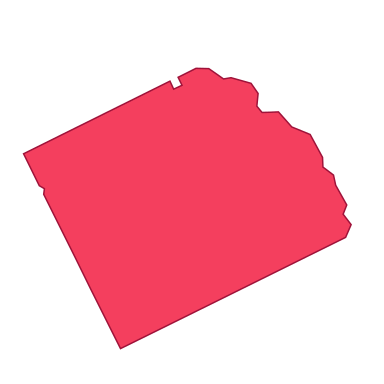 Coosa, Alabama, United States of America (orthographic projection), rotated 154°
{"feature_id": "52423323B80267107041052", "entity_name": "Coosa", "entity_type": "district", "adm_level": 2, "iso_a3": "USA", "parent_name": "United States of America", "parent_adm1": "Alabama", "projection": "orthographic", "projection_center": [-86.325, 32.929], "detail": "fine", "context": "isolated", "style": "filled", "palette": "rose", "viewbox_px": 384, "rotation_deg": 154, "n_neighbors": 0, "source": "geoboundaries", "source_scale": "gbopen_adm2", "svg_char_len": 557}
<svg xmlns="http://www.w3.org/2000/svg" viewBox="0 0 384 384"><g transform="rotate(154 192 192)"><path d="M325.0,91.6L324.9,82.6L238.8,83.0L73.8,83.9L63.3,92.9L65.9,105.8L58.6,112.5L59.9,135.1L57.4,145.2L63.4,157.0L59.5,165.9L60.6,191.9L73.8,206.7L79.2,226.1L86.8,229.4L94.2,232.8L96.1,240.7L89.4,251.6L91.3,263.8L106.8,277.6L114.1,279.8L122.8,295.5L134.2,301.4L154.2,301.2L154.2,292.3L163.4,292.5L163.2,301.3L326.6,300.2L326.5,264.6L323.2,259.7L326.3,254.9L325.7,185.2L325.6,149.1L325.0,91.6Z" fill="#f43f5e" stroke="#9f1239" stroke-width="1.5"/></g></svg>